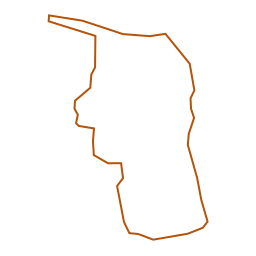 outline of Bouza, Tahoua, Niger, rotated 271°
{"feature_id": "23599985B24942158565256", "entity_name": "Bouza", "entity_type": "district", "adm_level": 2, "iso_a3": "NER", "parent_name": "Niger", "parent_adm1": "Tahoua", "projection": "mercator", "projection_center": [6.113, 14.511], "detail": "fine", "context": "isolated", "style": "outline", "palette": "amber", "viewbox_px": 256, "rotation_deg": 271, "n_neighbors": 0, "source": "geoboundaries", "source_scale": "gbopen_adm2", "svg_char_len": 617}
<svg xmlns="http://www.w3.org/2000/svg" viewBox="0 0 256 256"><g transform="rotate(271 128 128)"><path d="M23.4,189.8L29.6,204.6L35.8,209.2L57.5,202.5L79.3,198.0L112.2,188.1L123.4,188.9L139.2,193.9L148.3,190.7L158.7,190.0L166.8,193.7L193.3,188.6L215.2,170.2L222.8,163.8L220.2,148.3L221.8,121.3L234.5,80.5L239.2,47.1L233.3,46.8L219.5,93.8L187.9,94.0L180.9,90.4L167.6,89.6L154.3,74.5L146.4,74.2L140.4,77.6L131.9,76.0L129.2,78.7L127.0,94.0L114.3,93.2L100.3,94.3L92.4,108.6L92.7,121.7L77.8,123.9L69.8,118.1L34.0,125.6L22.9,131.2L22.2,140.0L16.8,155.2L23.4,189.8Z" fill="none" stroke="#b45309" stroke-width="2"/></g></svg>